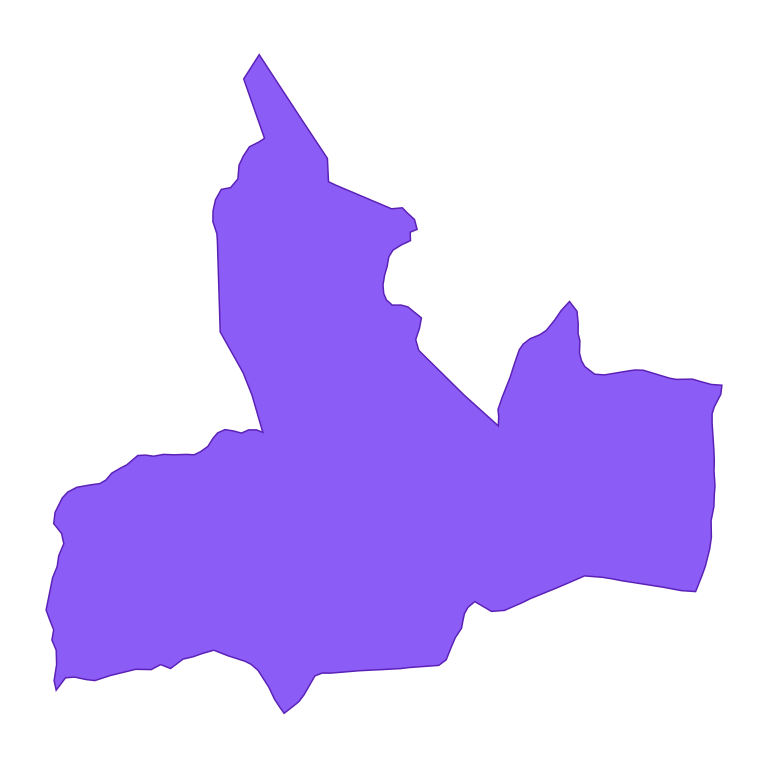 the district of Várzea Branca, Piauí, Brazil
{"feature_id": "56859067B57465837137566", "entity_name": "Várzea Branca", "entity_type": "district", "adm_level": 2, "iso_a3": "BRA", "parent_name": "Brazil", "parent_adm1": "Piauí", "projection": "mercator", "projection_center": [-42.923, -9.288], "detail": "fine", "context": "isolated", "style": "filled", "palette": "violet", "viewbox_px": 768, "rotation_deg": 0, "n_neighbors": 0, "source": "geoboundaries", "source_scale": "gbopen_adm2", "svg_char_len": 2385}
<svg xmlns="http://www.w3.org/2000/svg" viewBox="0 0 768 768"><path d="M51.9,640.0L56.2,650.2L56.6,664.6L54.1,680.6L56.2,690.2L65.5,677.8L74.7,677.1L85.8,679.5L94.8,680.6L110.4,675.5L135.7,669.3L151.2,669.6L160.6,664.6L170.6,668.5L183.0,659.1L193.0,656.8L201.7,653.7L213.7,650.2L228.1,655.8L244.8,661.2L250.9,664.2L258.0,670.3L268.9,687.3L274.4,699.0L280.1,707.7L284.1,713.3L293.5,706.0L298.9,701.6L303.9,695.0L310.1,684.3L314.9,675.9L322.1,673.1L330.7,673.1L345.4,671.9L358.2,670.8L371.2,670.1L382.0,669.6L400.3,668.6L409.5,667.5L438.7,665.4L446.2,659.8L451.3,647.0L455.4,637.5L461.5,628.3L463.0,620.3L464.4,613.7L467.9,607.4L474.8,601.6L491.5,611.4L504.5,610.4L523.6,602.0L530.4,598.6L556.5,588.0L575.3,579.9L584.6,575.9L602.4,577.3L612.4,578.9L622.1,580.8L663.7,587.3L681.1,590.6L695.6,591.6L701.7,576.3L705.3,566.4L709.7,549.0L711.4,537.1L711.1,520.7L713.9,506.7L714.3,494.6L715.0,486.2L714.0,470.8L714.3,461.8L713.9,450.0L712.1,423.0L712.1,413.9L714.3,406.8L720.8,394.3L721.9,385.2L711.5,384.5L701.9,381.9L692.2,379.1L676.5,379.4L669.6,378.2L643.2,370.2L634.8,370.0L627.9,371.0L604.5,374.9L594.7,374.2L584.7,366.5L581.5,360.7L579.5,353.1L579.9,340.6L578.1,333.6L578.2,323.3L577.0,311.3L569.5,301.5L561.2,310.5L554.6,320.2L546.4,330.3L539.9,334.7L530.1,338.7L523.2,344.1L519.3,349.7L514.2,364.4L510.2,377.1L502.2,397.3L498.0,409.5L498.7,416.3L498.3,425.9L464.1,395.1L418.8,350.4L415.7,339.6L419.5,328.2L421.4,317.9L407.9,306.9L401.2,305.1L392.2,305.1L386.4,299.9L383.7,293.4L383.0,285.0L384.6,275.1L387.1,266.7L388.8,256.9L392.9,250.2L401.2,245.0L410.5,240.6L410.2,232.2L417.1,229.4L414.5,219.5L407.6,213.2L402.3,207.8L391.5,208.8L335.4,185.0L328.5,181.7L327.4,158.4L299.7,116.6L259.2,54.7L243.7,78.9L264.5,138.3L258.9,142.0L249.5,146.7L243.3,156.1L239.0,165.3L237.9,178.9L230.6,187.6L221.3,189.4L215.5,199.7L213.0,211.0L212.9,221.7L216.9,233.8L217.4,241.5L220.2,331.9L243.0,372.5L252.0,395.1L262.8,432.4L256.6,429.9L248.7,429.9L241.4,433.1L233.8,431.0L225.0,429.6L217.6,432.9L213.0,438.3L207.9,446.4L200.3,451.8L194.1,454.8L186.7,454.4L173.9,454.8L163.5,454.4L153.7,456.2L145.4,455.1L137.8,455.5L126.7,464.9L120.8,467.9L111.8,473.1L105.8,480.1L99.8,483.6L90.8,484.8L76.8,487.3L67.8,492.0L62.3,497.9L55.1,512.3L53.7,523.6L61.6,533.5L63.8,543.7L58.7,555.8L57.2,566.4L52.6,577.8L46.1,610.0L49.7,619.8L53.7,629.8L51.9,640.0Z" fill="#8b5cf6" stroke="#5b21b6" stroke-width="1.5"/></svg>